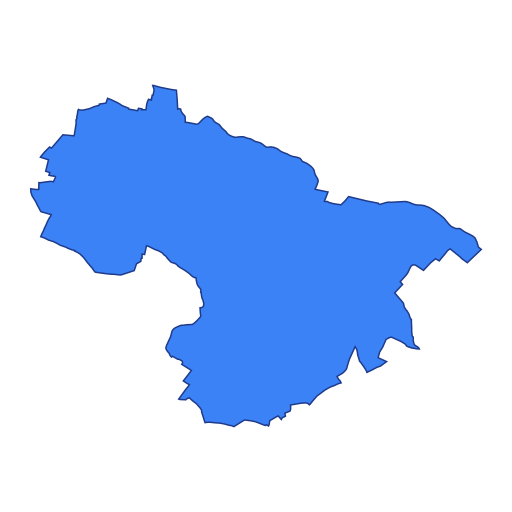 Craiesti, Mures, Romania (Equal Earth projection)
{"feature_id": "2599482B4139853337190", "entity_name": "Craiesti", "entity_type": "district", "adm_level": 2, "iso_a3": "ROU", "parent_name": "Romania", "parent_adm1": "Mures", "projection": "equal_earth", "projection_center": [24.443, 46.747], "detail": "fine", "context": "isolated", "style": "filled", "palette": "blue", "viewbox_px": 512, "rotation_deg": 0, "n_neighbors": 0, "source": "geoboundaries", "source_scale": "gbopen_adm2", "svg_char_len": 6037}
<svg xmlns="http://www.w3.org/2000/svg" viewBox="0 0 512 512"><path d="M481.3,249.4L478.9,247.5L478.3,246.8L476.8,241.6L476.2,240.7L475.9,239.7L475.0,238.0L473.1,236.3L469.8,234.4L465.6,232.4L463.9,231.4L461.2,229.4L459.6,228.5L456.7,228.6L455.5,228.4L454.0,227.8L451.3,226.5L449.5,224.8L448.6,223.8L444.0,218.2L440.3,215.0L433.5,210.1L429.2,207.5L424.2,205.6L421.5,205.2L417.5,205.0L415.8,204.8L413.5,204.2L409.2,202.4L407.0,201.8L405.3,201.5L403.2,201.6L391.0,202.3L389.1,202.1L386.6,202.4L379.9,204.4L379.2,204.3L378.3,203.2L366.9,201.0L348.6,196.6L346.8,198.8L344.9,201.0L341.0,204.8L333.6,203.7L328.7,202.4L328.2,201.9L327.3,201.5L326.2,201.5L325.7,201.6L324.4,201.3L328.0,192.0L315.9,189.5L315.1,189.2L316.7,185.7L318.1,181.6L318.1,180.2L317.6,178.8L315.3,174.8L314.6,172.8L314.1,170.6L313.8,169.7L312.4,167.8L310.9,166.3L308.5,164.5L307.1,163.5L304.6,162.3L302.5,161.5L302.0,160.9L300.8,159.2L300.0,158.4L298.6,157.8L297.1,157.3L292.9,156.5L290.2,155.6L288.9,154.9L286.7,153.7L284.0,152.8L281.3,151.6L280.7,151.3L277.7,149.0L276.6,148.4L274.6,147.8L274.4,147.5L271.2,146.9L267.7,147.2L266.4,147.1L265.1,146.3L261.8,143.7L260.5,143.0L258.4,142.2L256.2,141.8L255.2,141.4L250.5,138.8L247.7,138.3L244.2,137.0L242.5,136.7L238.7,136.9L236.0,137.3L235.0,137.3L232.0,136.4L229.4,135.2L228.0,134.2L227.3,133.5L226.2,131.9L221.9,128.0L219.6,125.0L218.8,124.3L215.7,122.6L214.4,121.6L212.9,119.4L211.9,118.4L210.6,117.7L207.6,116.3L206.1,116.9L204.4,117.9L202.9,119.1L198.7,123.4L197.6,124.1L196.6,124.2L187.8,122.5L185.3,122.3L185.1,116.6L184.7,115.9L182.1,112.9L181.2,111.4L180.6,109.0L178.9,108.7L177.7,109.1L177.2,100.1L176.4,90.2L171.2,89.5L160.2,87.3L153.4,85.4L152.7,85.4L153.9,89.0L154.0,89.6L154.0,90.7L153.0,95.3L152.2,95.2L151.9,96.8L151.3,98.8L151.7,99.0L151.2,100.1L148.5,99.3L147.4,101.8L146.8,103.8L146.4,106.2L146.0,109.7L141.8,109.8L142.0,108.9L138.5,108.3L137.6,110.7L128.7,109.1L128.6,108.2L121.9,105.5L120.6,104.5L117.5,102.7L111.4,99.8L107.6,98.3L105.9,103.1L99.3,104.1L99.1,105.4L97.9,105.6L94.3,106.6L90.3,108.3L89.2,108.7L84.4,109.8L83.0,110.1L80.9,110.1L79.4,109.9L78.5,109.4L77.8,110.9L77.4,114.1L76.7,117.1L77.0,118.1L76.0,119.9L76.1,122.3L76.0,124.5L74.4,134.2L74.1,135.8L62.9,134.8L51.5,148.1L49.6,147.0L44.6,152.0L41.2,156.0L40.4,157.2L48.5,159.8L45.7,171.3L49.8,172.5L48.9,175.2L51.4,175.8L54.9,176.3L55.6,177.0L53.4,181.8L51.7,181.4L50.0,181.4L41.8,182.5L40.2,182.7L38.9,182.6L38.7,189.4L36.1,189.5L30.7,188.8L30.9,192.2L32.0,195.6L32.8,197.0L36.0,202.2L37.4,205.3L38.5,207.2L40.1,210.3L40.7,211.4L41.3,211.8L51.2,214.6L50.4,216.5L49.4,217.8L47.4,221.7L45.6,225.9L44.5,228.0L43.4,230.9L41.9,233.8L40.7,236.7L44.4,238.0L48.6,240.1L53.4,241.6L57.4,243.6L60.2,245.2L61.5,245.7L66.2,247.3L67.7,248.2L71.6,249.7L74.7,250.5L74.5,251.0L77.9,252.6L80.2,254.2L83.6,257.5L87.5,262.7L92.6,268.6L93.6,270.2L95.1,272.1L98.0,272.6L105.3,273.6L111.0,274.2L114.1,274.3L120.3,275.0L122.1,274.6L134.2,270.6L136.5,263.8L140.8,261.4L141.2,258.3L142.1,258.2L142.1,254.1L144.6,254.5L146.5,245.8L147.0,245.8L149.7,246.9L154.9,249.5L158.2,250.7L160.2,251.7L162.3,252.9L164.0,254.9L165.9,256.2L166.8,257.4L167.3,258.2L170.2,261.4L171.0,262.1L171.6,262.4L175.0,263.5L175.8,263.9L177.5,265.3L177.8,265.9L178.4,266.4L180.2,267.6L184.6,270.2L188.0,272.6L189.3,273.6L192.5,276.6L192.8,276.6L194.6,277.7L195.3,277.5L195.9,277.7L196.1,278.2L196.1,278.7L196.4,281.1L197.0,283.6L197.4,284.8L198.6,286.7L200.7,289.2L200.6,289.5L200.9,290.6L200.9,291.5L200.6,292.0L200.7,292.5L201.3,292.9L201.3,294.3L201.8,297.3L202.2,298.6L202.9,299.8L203.1,300.9L203.8,303.7L203.4,306.3L202.6,307.1L201.9,307.5L200.0,307.8L200.4,313.9L200.6,314.5L200.7,315.1L200.6,316.5L200.4,316.9L197.7,319.9L195.4,322.2L192.4,324.5L187.0,324.7L183.8,325.2L181.2,325.3L179.6,325.8L175.7,327.6L174.3,328.4L173.3,329.3L172.3,330.6L171.9,331.5L171.3,334.1L170.4,337.2L168.6,340.9L167.4,343.7L166.7,345.0L166.3,346.2L165.9,347.7L166.0,348.7L166.3,349.5L167.3,351.1L168.3,352.4L169.2,353.2L169.7,354.9L171.4,357.1L172.6,356.3L177.8,359.3L179.1,359.3L182.1,361.0L182.6,362.2L182.5,363.2L181.7,364.3L191.4,370.4L185.7,377.9L183.3,380.9L187.3,383.6L189.4,384.5L188.3,386.3L185.8,389.3L178.7,399.1L179.9,399.5L185.8,399.8L186.0,399.5L186.5,399.0L187.8,398.4L189.1,397.6L192.7,400.9L196.4,403.7L200.4,408.3L201.5,410.1L201.7,410.9L201.6,411.9L205.0,422.6L208.4,422.2L210.2,422.3L216.3,422.9L218.7,423.0L221.4,423.4L224.5,424.0L229.5,425.4L231.2,425.5L233.9,426.6L243.8,420.4L244.8,420.0L250.9,420.8L255.4,421.7L263.6,424.9L265.6,425.5L266.3,424.7L268.5,426.0L269.1,424.8L269.3,423.6L269.5,422.1L269.8,420.9L270.4,420.3L275.0,417.6L278.2,415.9L281.3,419.5L282.1,418.0L282.5,417.6L283.0,417.3L285.3,416.3L285.5,416.1L284.8,413.2L290.0,411.1L290.6,409.3L290.7,408.2L290.5,405.0L300.9,403.2L306.0,402.9L307.3,403.2L308.5,403.9L309.3,404.8L310.3,404.0L312.3,401.4L317.0,396.0L324.9,390.1L328.8,387.8L330.9,386.8L334.5,385.5L336.5,384.5L338.9,383.5L341.1,382.9L340.4,381.4L339.7,380.3L339.2,380.0L338.4,379.0L337.0,376.4L342.4,373.3L344.6,371.4L346.5,369.0L348.1,363.3L349.6,358.8L355.1,346.7L356.7,349.3L357.4,352.3L357.6,354.5L359.6,361.2L360.8,362.5L363.9,366.9L366.3,370.7L366.9,372.4L371.9,370.0L376.6,367.5L380.6,366.0L386.6,361.6L378.1,357.7L379.7,352.0L382.8,346.9L386.1,339.3L389.3,337.7L390.3,337.3L391.2,337.2L391.9,337.3L395.1,338.8L400.9,341.4L403.2,342.8L405.0,343.9L405.6,344.6L406.5,345.9L407.9,346.7L412.1,348.1L412.9,348.1L416.4,348.8L419.3,349.0L418.9,348.1L417.8,347.0L415.2,345.4L414.5,344.7L413.9,343.6L413.2,340.1L413.2,338.8L413.3,337.9L413.1,337.2L413.0,336.7L412.5,336.3L412.1,335.7L411.7,331.1L411.7,328.3L411.4,322.1L411.4,319.4L410.6,318.8L409.6,316.5L409.2,314.8L408.5,313.3L406.9,310.7L406.0,309.8L404.3,307.1L403.4,303.1L394.7,292.9L402.6,284.4L400.2,281.7L406.0,275.3L407.0,274.0L408.1,272.2L409.5,269.1L411.0,266.2L413.0,264.8L415.5,265.1L423.5,270.4L430.7,262.7L435.5,258.8L439.3,260.9L441.7,257.8L444.0,255.2L447.6,250.6L450.1,248.8L460.3,257.1L461.6,258.5L463.2,259.7L467.3,262.7L481.3,249.4Z" fill="#3b82f6" stroke="#1e3a8a" stroke-width="1.5"/></svg>